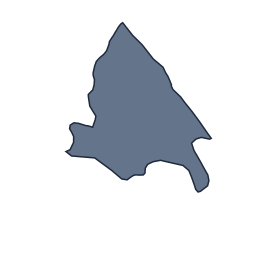 the district of Hwamdeia, Al Jizah, Egypt, rotated 328°
{"feature_id": "37247803B31369022265166", "entity_name": "Hwamdeia", "entity_type": "district", "adm_level": 2, "iso_a3": "EGY", "parent_name": "Egypt", "parent_adm1": "Al Jizah", "projection": "equal_earth", "projection_center": [31.259, 29.901], "detail": "fine", "context": "isolated", "style": "filled", "palette": "slate", "viewbox_px": 256, "rotation_deg": 328, "n_neighbors": 0, "source": "geoboundaries", "source_scale": "gbopen_adm2", "svg_char_len": 1328}
<svg xmlns="http://www.w3.org/2000/svg" viewBox="0 0 256 256"><g transform="rotate(328 128 128)"><path d="M193.1,180.9L192.6,173.7L192.0,160.6L191.0,148.0L189.6,136.3L189.1,129.5L186.5,119.3L186.9,115.5L187.7,114.5L188.5,110.1L189.1,106.1L189.2,105.2L189.2,100.9L189.9,95.0L186.0,82.9L184.1,65.0L181.0,51.9L179.3,35.9L177.4,35.9L175.2,36.6L173.2,37.4L172.4,37.8L170.4,38.9L168.6,39.7L166.2,41.0L164.3,42.0L162.6,42.7L158.1,44.8L156.9,46.3L154.4,48.4L150.6,51.3L146.3,52.7L141.3,53.4L138.4,54.2L136.4,54.8L132.7,57.7L127.7,62.7L126.4,64.8L125.2,69.2L122.1,73.5L118.3,77.0L112.1,78.5L110.9,80.6L107.2,89.2L107.1,95.7L107.1,100.8L104.6,103.6L98.4,108.6L95.3,105.0L93.5,103.6L91.0,100.7L88.5,97.8L84.8,94.9L80.5,94.9L78.0,97.8L78.0,101.4L77.4,106.4L74.2,111.4L70.2,113.9L67.4,115.7L62.9,115.1L65.3,121.8L83.9,135.7L91.8,155.6L95.7,167.9L99.8,171.5L104.4,171.1L107.4,171.1L109.7,171.8L112.6,173.9L116.1,175.9L118.5,175.2L121.4,171.2L125.5,169.2L131.4,169.9L138.4,172.6L146.6,180.8L154.8,188.9L157.1,196.4L155.9,203.2L154.1,211.3L152.9,216.0L153.5,219.4L155.9,220.1L156.8,220.0L164.9,219.2L168.8,215.4L170.8,210.1L171.0,205.3L171.6,194.5L171.9,187.0L171.9,184.6L172.1,181.7L173.3,176.9L173.9,174.5L179.9,173.4L182.5,174.1L184.0,174.5L185.3,174.9L191.3,180.7L193.1,180.9Z" fill="#64748b" stroke="#1e293b" stroke-width="1.5"/></g></svg>